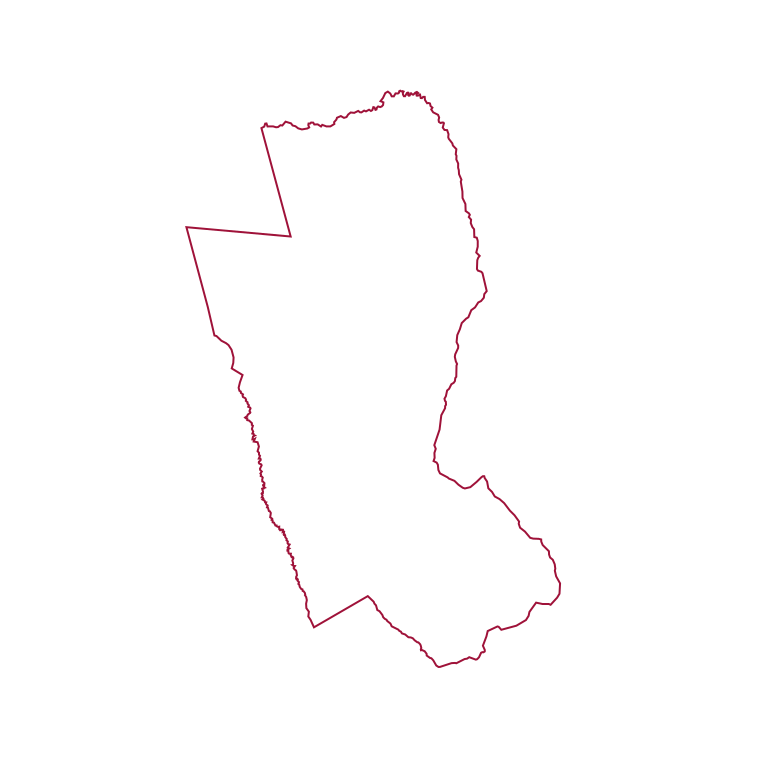 the district of El Carmen, Jujuy, Argentina, rotated 240°
{"feature_id": "61730980B76568954927707", "entity_name": "El Carmen", "entity_type": "district", "adm_level": 2, "iso_a3": "ARG", "parent_name": "Argentina", "parent_adm1": "Jujuy", "projection": "robinson", "projection_center": [-65.18, -24.455], "detail": "fine", "context": "isolated", "style": "outline", "palette": "rose", "viewbox_px": 768, "rotation_deg": 240, "n_neighbors": 0, "source": "geoboundaries", "source_scale": "gbopen_adm2", "svg_char_len": 6163}
<svg xmlns="http://www.w3.org/2000/svg" viewBox="0 0 768 768"><g transform="rotate(240 384 384)"><path d="M351.3,225.4L350.0,224.5L350.5,223.7L350.2,223.1L348.1,223.1L346.9,221.4L346.2,222.3L344.9,222.2L344.7,221.0L342.6,222.3L341.2,221.9L340.4,222.8L339.9,222.0L338.7,221.8L337.0,222.5L335.7,221.0L335.1,221.7L331.6,220.8L330.8,221.5L328.9,221.5L325.5,218.8L323.3,219.8L322.5,218.7L321.7,219.4L319.9,218.4L318.9,219.4L315.8,219.2L315.2,220.2L314.5,219.9L313.1,220.9L312.8,221.9L310.8,220.7L309.3,220.9L309.1,221.5L309.6,221.9L308.3,223.6L306.7,222.4L306.7,223.3L306.1,223.7L304.2,222.1L303.4,222.7L303.0,222.0L302.1,222.6L300.6,221.9L298.4,222.3L297.5,221.4L295.7,222.0L294.5,220.9L293.3,221.0L292.2,222.0L290.4,218.8L288.9,219.8L288.7,217.5L287.9,217.0L287.3,217.7L285.3,216.8L284.5,217.0L283.6,218.5L282.7,217.7L280.1,217.4L279.6,217.9L279.9,218.4L279.3,218.7L278.2,218.3L277.0,216.4L274.2,215.7L272.9,214.8L273.1,214.1L271.6,214.7L270.9,215.8L269.8,213.7L268.2,213.8L266.4,214.6L265.0,214.2L261.9,213.0L260.9,211.5L259.5,210.6L258.9,210.6L259.0,211.4L257.9,211.7L256.9,210.8L254.9,211.3L253.7,209.9L252.8,210.3L250.4,209.6L248.0,209.8L246.9,210.7L245.5,210.1L244.6,210.8L242.6,211.0L241.0,210.5L240.7,210.0L238.4,210.1L235.4,209.1L232.7,206.7L228.7,204.7L224.4,205.1L220.5,202.2L216.6,202.5L208.3,201.7L208.4,263.9L200.6,266.2L198.6,265.9L196.3,266.4L191.6,265.2L189.5,266.5L184.8,267.1L182.4,266.7L180.2,267.3L178.6,268.3L177.1,268.3L173.3,269.8L170.3,269.5L164.1,273.6L162.6,273.8L161.1,274.8L159.1,274.8L156.5,277.1L152.5,278.5L151.1,280.5L149.4,281.8L146.7,282.4L143.7,283.7L143.0,284.6L140.4,285.2L139.0,285.0L136.7,284.3L135.8,283.2L134.9,282.9L134.6,283.9L132.2,285.6L129.1,286.0L127.5,285.2L123.7,286.9L122.8,287.9L120.1,288.5L114.1,288.5L111.7,289.7L111.0,291.0L108.5,302.9L106.9,306.1L106.0,307.0L105.5,316.3L104.6,318.6L104.8,321.2L99.4,325.7L99.1,327.0L99.8,329.6L102.7,333.7L102.6,335.1L101.9,336.0L102.0,337.5L103.3,338.3L107.9,338.8L114.2,346.5L118.2,350.3L117.3,361.0L116.4,361.9L112.5,362.7L108.5,377.8L108.6,388.9L110.9,393.3L113.9,396.0L118.6,406.4L114.2,411.3L111.1,416.7L109.5,417.9L112.4,427.1L114.6,431.1L123.3,436.8L131.3,436.9L136.9,438.6L138.4,440.0L142.5,441.7L147.4,442.3L150.7,441.1L153.8,441.7L156.7,443.2L165.2,440.9L168.9,441.4L170.8,442.4L172.6,440.5L175.5,435.9L177.7,433.7L185.7,432.3L191.5,430.0L195.6,430.8L197.3,432.2L205.1,431.4L211.4,429.7L220.8,428.5L226.6,426.5L231.2,423.7L236.5,423.6L241.5,422.2L248.0,424.5L252.3,424.2L254.0,424.7L254.7,423.6L254.6,421.9L252.9,415.2L251.5,407.2L253.1,401.8L254.8,400.3L259.6,398.1L264.9,396.6L269.7,392.9L271.3,392.4L278.6,387.8L282.3,388.1L287.2,390.3L289.6,390.3L292.5,388.4L294.7,390.9L299.1,393.2L302.0,396.4L305.9,397.0L316.7,409.3L328.3,418.0L332.5,424.8L334.3,425.9L335.0,427.3L337.8,428.7L338.9,428.4L341.0,429.0L342.5,431.5L346.8,435.4L347.3,438.0L350.1,442.2L350.2,445.0L351.1,446.9L353.5,448.7L354.1,450.2L363.7,456.0L364.8,457.3L367.6,457.5L372.1,458.9L374.1,460.5L378.1,466.2L380.2,467.5L384.0,467.8L389.7,471.9L393.5,477.1L397.9,481.8L399.5,487.7L399.6,490.4L404.3,496.5L404.8,501.1L407.5,506.4L407.3,509.5L408.8,513.6L411.7,515.8L413.1,519.4L430.7,524.7L432.5,524.4L435.3,522.0L437.1,522.0L444.6,526.7L446.3,528.8L447.1,530.9L451.7,529.6L456.0,533.8L461.0,536.7L464.3,537.5L466.1,535.7L473.0,539.4L475.8,539.0L480.0,539.6L482.8,541.6L486.2,540.9L487.6,542.9L489.3,542.9L493.0,541.2L499.2,544.5L505.8,545.0L511.4,548.1L520.9,551.7L522.2,553.2L528.2,553.9L531.8,555.7L534.2,556.3L537.9,558.5L542.3,558.9L545.4,560.9L547.1,561.0L551.2,564.1L556.1,562.9L558.2,563.5L564.0,562.7L565.6,563.0L568.1,564.8L572.3,565.6L573.8,563.4L576.7,563.1L579.9,566.3L580.6,566.2L581.4,565.1L581.7,563.5L583.5,562.6L585.4,563.3L587.2,565.0L590.1,565.4L594.7,562.4L598.2,562.2L599.1,564.1L601.5,563.3L603.9,564.1L605.0,563.2L605.6,561.7L609.5,561.5L612.3,562.8L613.1,561.5L612.6,559.8L613.3,558.8L616.5,559.9L616.8,557.5L617.4,556.5L619.0,557.0L618.9,559.1L620.5,558.5L620.7,556.8L619.9,554.1L620.5,553.3L622.2,552.9L622.4,552.4L621.0,550.5L621.2,549.7L622.1,549.4L623.9,550.7L624.4,550.5L624.6,549.4L622.7,546.1L623.3,545.1L625.2,545.2L626.6,545.8L627.5,547.2L628.4,546.5L628.7,545.3L629.9,544.7L629.9,543.5L628.8,542.7L628.6,541.3L629.9,539.3L628.2,536.3L629.3,534.5L632.4,534.7L635.3,533.5L635.3,530.6L632.2,526.1L630.7,522.4L628.2,524.3L626.1,522.7L625.5,520.9L625.7,519.2L627.3,517.7L626.9,516.1L625.5,514.7L625.7,513.7L628.3,514.0L629.1,513.2L627.0,510.8L627.0,509.2L629.0,508.2L629.1,504.7L630.7,503.5L630.5,500.3L631.3,499.1L633.4,498.2L633.7,493.8L635.8,490.9L635.3,487.7L633.9,485.0L634.5,482.4L637.6,480.6L638.1,476.4L636.8,475.0L635.7,471.7L634.0,471.0L633.9,466.3L635.8,463.0L639.3,460.1L638.5,458.2L642.0,456.4L643.6,453.4L645.7,453.4L646.9,451.6L646.5,450.3L647.3,448.9L646.1,447.9L643.6,447.5L643.6,445.4L645.5,440.2L648.3,437.5L651.5,436.2L653.6,434.1L656.2,433.8L660.4,429.9L658.7,425.2L659.9,423.7L659.5,420.7L660.3,418.9L662.5,416.8L665.3,411.9L668.4,412.5L668.9,411.3L666.8,409.0L666.9,405.8L558.4,376.9L618.6,291.3L538.8,269.9L510.8,261.4L509.3,262.9L502.8,264.8L498.4,267.6L495.5,268.8L489.9,269.1L482.2,267.0L477.6,264.0L473.6,259.9L462.5,266.0L457.5,260.1L453.4,256.2L450.4,255.4L449.1,256.2L447.8,255.6L445.5,256.7L444.7,255.7L443.2,255.4L441.0,256.8L439.4,256.7L438.5,255.9L436.4,256.7L435.3,256.0L433.2,256.4L432.2,255.0L430.4,256.3L429.6,256.2L427.9,254.0L426.3,254.1L425.9,253.6L425.6,250.7L424.7,249.7L424.4,246.9L423.3,247.3L422.6,248.4L421.1,247.5L419.8,248.9L416.1,250.0L414.7,249.1L413.4,249.6L411.1,247.1L408.1,246.9L406.9,245.2L406.0,246.1L404.7,245.7L404.0,246.3L404.0,244.3L401.8,242.3L401.1,243.2L401.1,244.7L399.3,242.4L396.8,245.4L392.4,244.4L389.0,240.9L387.0,241.4L385.3,240.4L383.8,240.7L382.0,238.3L381.2,239.6L380.5,239.6L379.6,238.9L379.2,236.8L378.4,236.2L377.4,236.2L375.8,237.5L374.8,237.4L372.6,234.2L371.4,233.8L369.3,234.4L368.3,232.2L367.2,232.3L365.9,231.2L364.9,232.0L363.6,232.2L362.1,230.7L360.5,229.9L360.0,230.4L357.9,230.9L356.9,230.0L357.1,229.0L356.5,228.5L355.8,228.6L355.7,229.3L354.8,228.6L353.8,229.0L354.0,227.9L353.7,227.5L354.3,226.7L354.3,226.1L351.3,225.4Z" fill="none" stroke="#9f1239" stroke-width="2"/></g></svg>